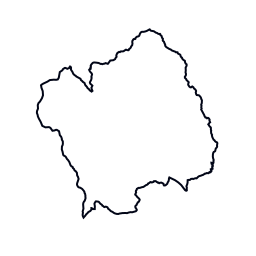 outline of Cerrito, Santander, Colombia, rotated 331°
{"feature_id": "7082276B90463552702782", "entity_name": "Cerrito", "entity_type": "district", "adm_level": 2, "iso_a3": "COL", "parent_name": "Colombia", "parent_adm1": "Santander", "projection": "mercator", "projection_center": [-72.643, 6.901], "detail": "fine", "context": "isolated", "style": "outline", "palette": "ink", "viewbox_px": 256, "rotation_deg": 331, "n_neighbors": 0, "source": "geoboundaries", "source_scale": "gbopen_adm2", "svg_char_len": 5801}
<svg xmlns="http://www.w3.org/2000/svg" viewBox="0 0 256 256"><g transform="rotate(331 128 128)"><path d="M206.1,139.6L206.1,138.2L206.3,137.8L206.5,136.4L206.1,134.3L205.8,133.7L204.1,132.5L204.0,131.6L204.5,129.7L205.5,128.7L205.6,128.1L205.5,126.8L204.9,125.5L204.9,124.0L204.3,122.8L202.8,123.0L202.2,122.6L201.7,121.5L201.6,119.4L201.9,118.8L203.3,117.4L202.4,114.2L202.6,113.4L202.1,111.7L202.6,110.7L204.0,110.1L204.9,108.9L205.3,107.2L206.3,105.9L207.7,103.1L209.0,102.3L209.7,101.6L210.1,100.7L209.7,99.8L209.7,98.5L210.3,96.7L209.5,95.4L209.1,94.1L209.3,92.7L209.0,92.5L208.8,90.9L209.2,89.6L209.0,88.8L207.9,87.3L207.8,86.9L208.0,85.8L207.6,85.5L206.6,85.0L206.5,84.4L204.0,81.5L203.4,80.0L202.5,79.0L200.7,75.8L200.4,74.1L201.0,72.9L200.9,72.4L201.1,71.7L201.0,71.3L201.3,69.9L200.8,68.7L200.9,68.1L201.8,66.9L201.5,65.5L202.0,63.9L201.4,62.3L201.7,61.6L201.6,61.2L200.7,60.8L200.1,60.3L199.5,59.0L198.6,58.1L197.5,55.9L195.3,54.1L195.0,53.6L194.8,53.0L194.9,52.5L194.7,52.2L191.5,52.2L190.2,52.0L188.4,51.5L186.8,50.6L185.5,50.6L184.1,51.4L182.6,52.7L181.9,52.9L181.1,52.8L180.3,52.5L179.3,52.6L177.9,53.1L177.6,53.6L177.2,53.6L176.2,53.0L175.6,53.1L173.9,54.1L173.2,55.3L173.0,56.1L171.8,57.6L170.3,58.2L169.4,59.0L168.3,59.4L167.4,59.4L166.6,60.1L166.1,60.2L165.2,59.6L164.2,58.5L163.7,58.6L162.9,58.5L161.5,58.7L160.9,58.6L158.7,57.5L157.7,57.7L157.1,57.1L155.2,57.2L155.0,57.5L154.2,57.8L153.0,58.8L152.5,60.2L151.5,60.5L150.1,61.5L148.1,61.6L145.2,60.4L141.6,62.1L141.2,61.9L140.8,61.3L139.7,60.3L138.7,60.4L138.2,60.1L136.4,59.7L136.0,59.1L135.1,58.7L133.8,56.8L133.2,56.5L132.7,56.0L130.4,54.4L129.4,54.0L128.6,54.0L126.6,54.7L125.6,55.4L125.5,56.0L125.0,56.4L124.8,57.0L124.5,57.1L124.6,57.4L123.9,58.2L123.1,57.9L122.6,58.4L122.2,58.4L122.1,60.1L122.7,62.7L122.6,63.6L120.7,65.6L120.5,66.5L119.2,68.0L116.9,69.5L116.6,70.0L116.5,71.2L116.9,72.0L117.4,73.7L115.5,75.1L115.1,76.5L114.9,78.3L113.8,78.5L112.8,76.5L112.6,74.7L112.0,73.7L112.0,72.0L111.8,71.3L111.8,70.9L111.5,70.4L111.5,69.3L111.8,67.6L111.1,66.1L110.8,65.7L110.8,65.0L110.1,63.3L110.3,61.9L107.7,57.8L107.6,57.0L106.9,55.9L106.4,54.1L106.6,51.7L106.4,49.7L106.6,48.8L107.3,47.9L107.5,47.2L107.4,46.4L107.1,46.1L106.6,46.4L106.2,46.5L105.6,47.0L103.6,46.8L102.5,45.2L101.8,44.8L99.6,45.0L98.6,45.7L95.5,46.0L91.8,50.5L90.1,51.5L88.5,51.0L86.6,49.8L82.9,48.2L80.1,48.4L75.4,48.1L73.2,48.2L72.6,48.5L72.4,49.2L71.8,50.9L71.3,54.4L69.5,58.2L67.1,60.3L63.8,62.2L61.8,62.8L60.2,64.2L58.7,67.4L56.6,69.1L55.6,70.7L55.3,72.8L54.8,74.2L54.6,76.6L54.6,80.3L54.1,84.6L56.1,87.4L59.3,88.9L60.2,90.2L60.6,93.8L62.5,94.5L64.2,94.7L64.9,95.2L66.1,97.4L64.9,101.3L65.3,103.2L65.0,105.1L64.5,106.1L64.5,108.1L63.4,110.2L62.6,111.2L61.3,112.1L59.7,114.7L59.3,116.9L58.3,120.1L58.4,120.8L59.4,122.4L59.6,123.2L59.6,125.5L60.0,126.9L60.2,129.3L59.7,132.6L59.8,133.4L60.0,134.2L60.6,135.0L60.7,135.4L60.4,136.3L60.9,137.7L60.7,138.9L60.8,139.5L61.3,140.3L61.6,142.3L60.5,145.0L60.6,146.3L60.1,148.6L56.6,151.8L56.0,152.7L55.8,153.5L55.8,155.2L56.3,156.2L57.3,157.1L58.4,159.1L58.9,161.7L58.9,162.8L58.5,163.7L58.6,164.6L57.9,166.7L57.3,167.6L57.1,168.3L56.7,169.0L54.8,170.7L53.8,171.0L53.3,171.4L52.5,172.0L51.7,173.1L49.9,177.0L47.9,179.0L47.6,180.1L46.2,182.0L45.8,183.1L45.7,184.8L48.3,183.9L49.6,183.2L51.1,182.9L52.5,182.3L54.9,182.3L56.8,181.4L57.1,180.3L57.4,180.4L58.0,181.9L59.6,182.8L61.1,180.3L61.9,178.0L62.6,177.4L64.1,176.6L64.4,176.6L66.3,178.0L66.7,178.6L67.1,180.8L67.9,182.4L68.0,183.0L67.9,183.5L68.4,184.2L68.8,185.4L69.0,185.7L70.4,186.0L71.2,186.8L71.6,187.6L71.5,189.1L72.0,190.0L72.7,192.4L73.9,194.0L74.3,195.1L75.1,196.3L76.4,197.6L77.8,198.5L79.1,198.7L82.1,199.8L84.9,201.3L85.9,202.0L87.8,202.3L89.6,202.9L90.7,203.7L94.5,204.6L95.7,204.2L96.0,203.9L96.1,202.2L95.9,201.3L96.3,200.2L96.7,199.8L98.3,199.4L98.7,198.9L99.6,198.5L100.4,197.8L101.8,197.7L103.4,196.5L103.5,195.4L102.5,192.2L102.5,191.1L102.0,189.8L102.8,189.0L103.8,188.4L104.2,187.1L104.7,186.6L105.4,186.4L106.3,185.5L107.1,185.6L107.8,185.4L108.3,185.5L109.2,186.1L111.4,186.5L113.0,187.0L116.1,186.7L117.4,186.9L118.3,186.7L118.6,186.3L120.3,186.4L121.3,186.1L121.8,186.4L122.4,187.2L124.0,187.5L124.6,187.1L125.0,187.1L125.4,187.5L125.8,187.5L126.5,187.9L127.1,189.4L127.6,189.8L127.7,190.4L128.1,190.5L128.5,191.4L129.4,191.4L130.0,191.7L130.5,191.8L130.9,192.2L132.0,193.9L131.6,195.1L131.7,195.8L133.0,196.3L135.3,195.8L136.5,194.7L137.5,194.3L138.9,192.8L139.4,191.9L140.2,191.3L143.8,196.4L145.6,200.0L146.9,203.7L147.8,210.0L148.2,210.8L148.8,211.2L149.3,211.0L149.9,209.5L150.5,208.8L150.9,207.2L152.3,206.1L153.6,204.7L154.9,202.5L155.5,202.6L156.9,203.4L158.4,203.1L159.7,203.6L160.2,204.2L162.6,204.6L163.6,205.3L165.7,204.7L167.0,204.6L168.4,205.0L170.2,205.2L170.6,205.4L173.3,205.2L173.7,205.5L175.1,205.6L176.3,206.5L177.4,206.4L177.9,206.7L177.7,206.4L177.8,206.1L178.1,206.1L178.2,206.6L178.7,206.7L179.2,206.2L179.5,206.4L180.2,206.1L180.6,205.1L180.3,204.8L180.4,204.2L181.1,204.2L181.7,204.0L181.6,204.5L182.1,204.7L182.4,204.3L182.5,203.4L183.1,202.9L183.1,202.2L183.9,202.2L184.2,201.0L183.7,199.8L184.1,198.8L184.5,199.1L184.4,200.2L185.3,200.3L186.3,199.3L186.8,198.1L187.4,197.6L187.8,195.6L188.3,194.2L189.5,192.2L190.8,190.8L191.5,190.5L192.3,190.6L193.1,190.4L194.8,188.5L196.3,188.0L197.0,187.4L197.4,186.4L198.8,184.6L198.9,183.8L198.1,182.7L197.7,181.7L197.7,180.7L197.2,179.7L197.3,177.1L197.7,175.3L198.2,174.8L198.2,172.9L199.1,171.0L199.6,170.4L199.6,169.8L200.6,168.0L200.6,167.2L200.2,166.5L200.0,163.7L201.1,163.4L201.7,162.9L202.6,162.8L202.8,161.0L203.4,160.3L203.4,159.0L203.0,158.1L201.8,157.8L201.8,157.1L200.8,156.4L200.7,154.7L200.9,153.8L201.0,147.2L201.9,146.6L202.1,145.4L203.1,144.2L203.1,143.7L203.3,143.1L204.6,142.0L206.1,139.6Z" fill="none" stroke="#020617" stroke-width="2"/></g></svg>